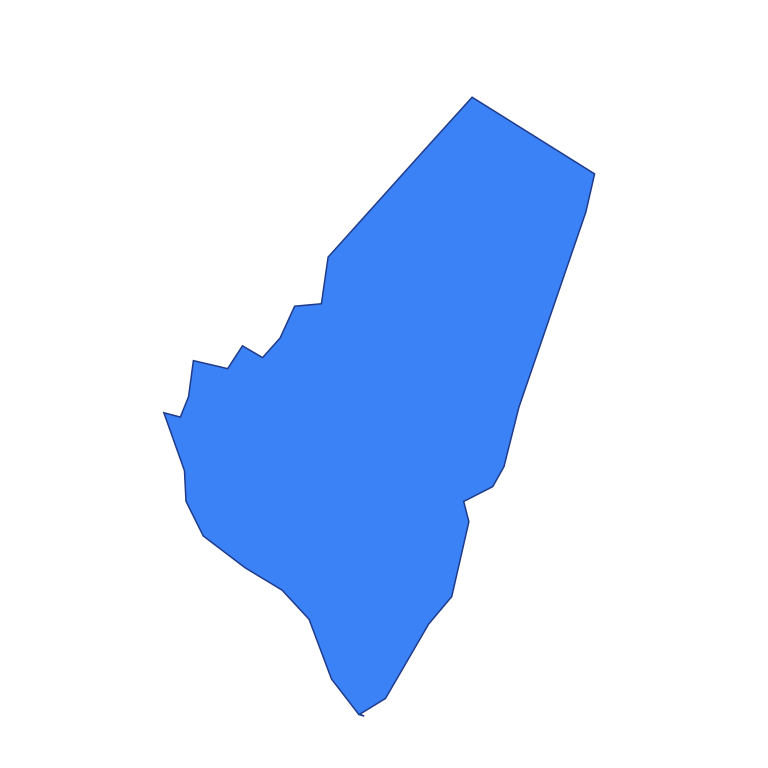 Snyder, Pennsylvania, United States of America, rotated 123°
{"feature_id": "52423323B53636040247578", "entity_name": "Snyder", "entity_type": "district", "adm_level": 2, "iso_a3": "USA", "parent_name": "United States of America", "parent_adm1": "Pennsylvania", "projection": "equal_earth", "projection_center": [-77.0, 40.762], "detail": "fine", "context": "isolated", "style": "filled", "palette": "blue", "viewbox_px": 768, "rotation_deg": 123, "n_neighbors": 0, "source": "geoboundaries", "source_scale": "gbopen_adm2", "svg_char_len": 577}
<svg xmlns="http://www.w3.org/2000/svg" viewBox="0 0 768 768"><g transform="rotate(123 384 384)"><path d="M528.0,553.0L565.4,504.1L590.2,486.2L609.9,452.8L613.8,400.1L612.4,357.1L622.2,318.6L660.0,267.4L674.9,225.1L673.3,219.7L674.0,224.4L646.9,211.5L561.0,215.8L525.4,211.4L453.3,237.8L439.1,253.2L410.8,236.9L387.9,238.4L330.0,258.2L129.7,308.4L93.1,321.8L95.5,466.3L164.6,477.4L308.0,500.0L350.8,480.2L367.4,501.3L402.0,496.2L428.0,500.2L429.1,523.5L456.3,523.5L468.2,556.6L501.1,541.0L522.7,536.8L528.0,553.0Z" fill="#3b82f6" stroke="#1e3a8a" stroke-width="1.5"/></g></svg>